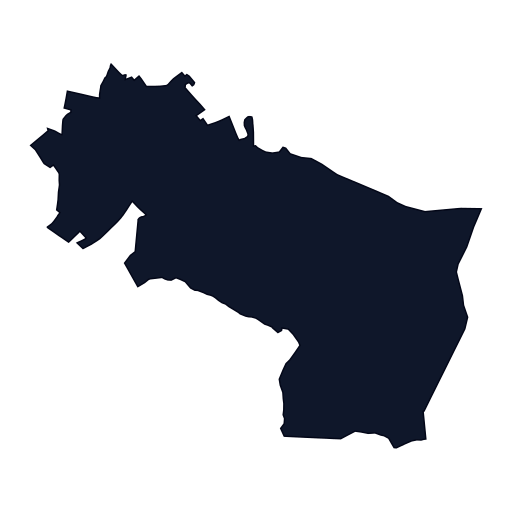 Camerino Z. Mendoza, Veracruz, Mexico (orthographic projection)
{"feature_id": "50627088B22959836767902", "entity_name": "Camerino Z. Mendoza", "entity_type": "district", "adm_level": 2, "iso_a3": "MEX", "parent_name": "Mexico", "parent_adm1": "Veracruz", "projection": "orthographic", "projection_center": [-97.172, 18.79], "detail": "fine", "context": "isolated", "style": "filled", "palette": "ink", "viewbox_px": 512, "rotation_deg": 0, "n_neighbors": 0, "source": "geoboundaries", "source_scale": "gbopen_adm2", "svg_char_len": 4419}
<svg xmlns="http://www.w3.org/2000/svg" viewBox="0 0 512 512"><path d="M251.9,117.1L251.0,116.8L250.2,116.7L249.4,116.7L248.7,116.7L247.7,117.0L246.5,118.1L245.7,118.9L244.9,119.7L244.8,120.0L244.3,122.4L244.4,125.5L245.2,127.5L246.4,129.7L248.1,134.1L247.8,136.4L244.6,138.6L242.7,139.0L240.6,139.5L239.2,140.3L238.1,138.6L237.6,137.6L235.6,132.9L234.7,130.6L234.6,130.3L231.9,123.5L229.1,116.5L222.1,119.9L218.9,121.3L215.1,122.8L207.8,125.2L207.5,125.3L205.3,122.1L203.0,118.7L200.3,120.6L196.1,115.7L204.6,109.7L200.2,104.6L195.6,99.7L191.1,94.7L184.9,87.6L185.2,86.4L185.3,84.6L187.2,83.3L188.2,82.9L189.2,82.7L190.1,83.3L190.7,84.0L192.2,85.8L193.6,84.8L194.2,83.6L194.5,82.5L194.3,82.3L189.2,76.2L186.8,74.6L184.9,76.2L181.8,72.6L176.4,76.6L173.5,78.8L171.2,81.1L168.1,84.6L166.5,85.6L160.2,86.3L154.4,86.5L146.4,86.5L143.1,81.7L141.2,78.9L139.0,76.1L134.2,80.3L131.6,77.2L125.3,79.6L125.5,77.8L126.0,75.4L125.9,74.9L125.5,74.9L124.8,74.9L123.3,75.4L122.6,75.5L122.2,75.4L121.5,75.0L120.5,74.0L119.2,72.8L117.5,71.0L116.0,69.4L111.6,64.7L111.1,64.2L110.9,64.6L110.9,64.9L110.6,65.3L110.4,66.2L110.2,67.7L109.8,68.5L109.1,69.9L108.4,71.2L107.5,73.8L107.0,75.3L106.5,76.4L106.1,77.0L105.3,77.6L104.9,78.0L103.3,81.4L100.9,85.7L100.7,87.6L100.3,89.9L99.8,93.2L99.6,94.6L99.6,96.6L99.6,98.1L96.1,97.7L94.4,97.3L94.2,97.3L89.8,96.3L86.8,95.6L81.7,94.4L76.8,93.3L74.6,92.8L67.4,91.2L66.1,98.6L65.3,102.8L64.7,105.8L64.2,108.0L71.0,109.9L70.9,112.3L67.5,114.3L66.0,115.7L63.2,119.2L63.0,120.0L62.8,121.8L62.5,125.4L62.4,127.7L62.1,134.1L61.9,134.7L60.9,134.4L58.5,133.2L55.2,131.3L53.8,130.7L51.8,130.0L47.6,128.5L48.2,130.8L46.6,132.1L43.0,135.2L41.4,136.5L30.7,145.4L34.4,148.8L35.4,149.7L37.3,152.7L38.9,155.2L40.8,158.2L43.1,162.0L44.2,163.6L50.1,167.4L53.4,165.0L55.6,168.0L57.6,171.0L58.3,171.9L58.5,172.3L58.9,172.9L59.3,174.2L59.2,180.3L59.5,184.9L59.2,187.3L58.5,192.1L58.1,199.8L57.5,204.5L56.7,209.9L59.9,212.5L58.9,214.3L58.0,215.3L57.3,216.7L53.8,221.5L51.9,223.7L49.4,225.6L47.4,227.0L47.4,227.4L48.9,228.5L52.1,230.7L55.4,233.0L58.9,235.5L61.8,237.4L65.7,240.1L68.6,242.1L70.3,240.5L73.2,237.7L74.1,236.8L77.9,233.2L79.9,231.1L83.2,234.7L86.1,237.9L85.1,239.0L84.6,239.3L81.1,241.1L78.5,242.2L77.1,242.9L83.0,248.5L84.4,247.8L86.8,246.5L89.9,244.9L91.1,244.3L93.1,243.0L96.6,240.8L99.7,238.7L102.4,236.2L104.9,233.8L107.5,231.3L111.4,227.4L112.9,226.0L114.8,224.2L117.4,221.6L120.8,217.8L121.9,216.3L122.7,215.4L126.6,209.7L127.4,208.4L129.7,204.8L132.2,201.1L134.5,203.5L137.5,206.7L140.7,209.8L144.0,212.7L146.2,214.8L145.8,215.2L144.7,216.0L143.2,216.7L141.4,216.9L140.0,217.6L139.1,218.3L138.5,219.1L138.1,219.6L138.1,220.9L135.2,251.7L130.4,255.4L124.6,263.1L127.6,268.4L137.8,286.6L139.2,285.8L144.8,282.4L148.5,279.4L150.1,278.8L162.1,277.4L164.8,278.9L167.8,279.9L171.2,280.1L176.0,277.7L180.4,279.4L185.5,281.8L185.8,282.3L190.3,287.6L190.7,288.0L194.8,290.2L197.8,290.4L199.9,291.2L203.6,292.6L207.1,294.3L210.8,295.2L213.1,296.2L215.5,297.8L218.6,300.4L222.1,302.7L225.6,304.0L228.9,306.6L238.5,312.4L240.1,313.8L245.8,316.1L248.5,316.7L251.6,316.9L255.9,318.1L258.2,319.5L264.7,324.1L268.0,325.2L272.0,327.0L272.5,327.8L277.9,332.5L281.5,330.5L282.0,328.0L288.3,329.1L293.2,334.3L298.7,342.1L300.0,345.4L295.1,352.6L289.8,360.0L286.1,363.6L283.3,369.6L279.3,379.2L280.3,385.2L282.9,392.4L283.3,398.7L283.9,403.6L283.8,409.9L283.2,414.8L284.6,418.5L284.2,423.7L280.7,428.4L284.2,436.1L285.1,436.2L291.2,436.5L299.8,436.9L310.8,437.4L319.6,437.8L327.3,438.1L332.6,438.4L340.7,438.7L348.2,434.7L355.1,431.1L361.0,431.9L368.1,433.3L375.1,432.9L380.8,435.0L384.1,435.7L388.7,438.2L391.7,443.5L394.1,447.6L396.3,447.8L404.8,443.8L411.5,440.9L416.8,439.8L421.1,440.0L423.6,439.3L425.8,439.0L423.1,411.4L424.0,411.1L431.4,396.1L434.9,389.1L439.6,379.6L444.7,369.4L449.8,359.1L454.4,349.8L459.6,339.4L464.8,328.9L467.6,317.2L463.5,305.3L462.4,295.7L458.3,280.0L456.3,272.0L458.1,264.0L461.9,256.5L466.7,246.9L470.1,237.1L473.6,226.9L476.3,220.6L481.3,208.8L461.0,208.5L458.1,208.7L425.0,211.7L405.6,206.6L397.0,202.7L388.4,196.4L382.3,193.8L363.0,185.6L342.4,177.0L337.1,174.7L333.2,172.1L321.8,164.3L311.2,158.6L301.3,157.6L290.1,153.8L285.7,148.2L283.0,147.3L279.3,152.1L279.2,152.1L272.4,153.1L265.7,152.1L262.3,150.5L257.5,147.7L255.5,145.8L253.5,146.1L253.5,145.8L253.4,132.4L252.9,125.0L252.7,123.8L252.7,123.0L252.5,119.9L251.9,117.1Z" fill="#0f172a" stroke="#020617" stroke-width="1.5"/></svg>